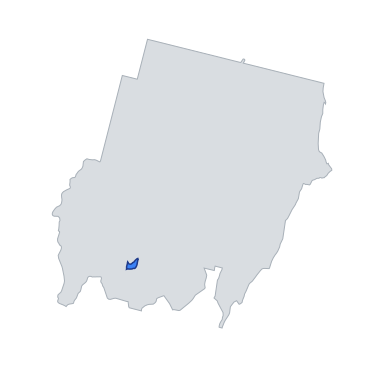 Babanusa, South Kordufan, Sudan shown in context, rotated 14°
{"feature_id": "16777658B12271079488091", "entity_name": "Babanusa", "entity_type": "district", "adm_level": 2, "iso_a3": "SDN", "parent_name": "Sudan", "parent_adm1": "South Kordufan", "projection": "equal_earth", "projection_center": [27.395, 11.378], "detail": "fine", "context": "in_parent", "style": "filled", "palette": "blue", "viewbox_px": 384, "rotation_deg": 14, "n_neighbors": 0, "source": "geoboundaries", "source_scale": "gbopen_adm2", "svg_char_len": 4591}
<svg xmlns="http://www.w3.org/2000/svg" viewBox="0 0 384 384"><g transform="rotate(14 192 192)"><path d="M254.1,316.7L251.1,316.7L250.8,315.8L250.8,313.2L251.2,311.3L252.2,308.2L251.9,306.6L252.1,304.2L251.3,301.5L244.2,293.6L242.8,291.5L239.0,289.5L239.6,287.3L238.0,271.3L238.7,269.5L238.9,266.7L238.9,264.2L239.8,260.2L239.8,258.4L232.4,258.3L232.3,260.1L232.6,262.0L232.6,262.8L222.2,262.9L226.4,269.1L226.6,271.9L226.4,275.3L226.5,277.5L226.7,278.9L227.9,281.7L227.8,282.3L227.5,282.9L220.2,291.3L218.9,295.2L218.0,297.2L215.8,300.6L209.1,309.6L208.0,310.2L202.9,310.5L202.3,310.7L201.9,311.1L201.7,311.0L197.3,305.8L189.8,299.4L184.9,302.7L183.6,303.9L183.6,307.0L182.9,308.5L181.5,310.2L177.9,311.3L176.0,312.2L173.8,313.9L171.6,316.8L171.4,318.3L171.7,319.6L159.1,319.5L158.3,318.5L156.5,313.8L155.2,314.0L143.8,313.5L142.1,314.0L138.9,315.9L137.2,316.2L135.5,315.4L129.5,306.0L128.2,304.9L126.9,302.7L125.6,301.7L125.2,301.0L125.0,300.0L125.1,298.0L124.6,296.7L123.7,296.4L115.6,298.6L114.5,298.3L112.8,298.7L112.2,299.1L111.5,300.3L111.4,302.9L111.2,304.1L110.6,305.5L108.2,308.7L107.7,310.1L107.8,313.6L107.7,315.3L107.3,316.1L106.3,317.5L106.0,318.3L105.5,322.7L104.3,325.4L104.0,326.4L103.9,328.3L103.7,328.9L100.0,330.5L98.7,331.4L97.8,333.0L97.6,333.6L96.1,333.1L94.1,332.7L90.2,332.2L88.7,331.5L88.0,330.4L88.2,327.7L87.9,327.1L87.3,326.7L86.9,325.5L86.9,324.1L89.0,321.0L89.4,319.3L90.0,311.4L89.8,309.1L88.2,304.7L84.6,297.1L83.7,295.6L79.2,289.4L78.6,288.5L77.5,285.8L78.8,280.1L78.9,278.5L78.6,276.8L77.4,275.6L76.4,275.5L75.1,273.9L74.2,273.2L73.4,271.9L72.9,270.0L73.3,263.2L73.0,262.3L71.9,262.1L71.6,261.6L71.7,260.3L71.1,256.4L70.4,253.2L70.8,251.5L69.8,249.1L67.9,248.0L64.3,248.8L63.2,248.7L62.4,248.3L61.8,247.4L61.6,246.3L61.8,244.8L62.9,241.9L64.2,239.5L66.8,237.4L67.6,236.2L68.0,235.0L68.0,233.5L67.9,232.0L67.6,230.6L66.8,228.7L66.1,226.5L66.1,225.1L66.5,224.0L67.2,222.8L69.8,220.3L72.5,218.2L72.9,217.5L72.8,216.6L71.6,214.9L71.2,211.6L70.6,209.3L71.9,207.6L72.9,206.9L74.5,206.4L75.1,205.7L75.3,204.3L75.3,203.0L75.8,202.0L76.6,199.9L77.2,198.9L79.2,196.5L79.7,194.9L79.9,193.3L79.3,188.7L80.5,186.8L82.0,185.2L84.2,185.3L87.5,184.9L89.8,184.2L91.4,184.3L95.1,185.1L95.5,184.8L95.7,183.5L96.2,95.8L111.4,95.8L111.6,95.7L111.9,54.6L207.2,54.6L208.0,54.5L209.4,50.7L210.1,50.4L211.0,50.6L211.4,51.5L210.6,54.6L293.8,54.6L294.1,59.3L294.8,63.0L297.3,68.4L299.4,71.3L300.2,72.9L300.2,73.6L300.2,74.3L299.5,73.5L298.5,73.0L298.4,75.5L299.0,80.6L299.9,84.2L299.4,87.6L299.6,93.2L300.8,100.0L300.7,104.4L302.7,114.5L304.5,120.2L305.4,121.6L306.5,122.3L308.5,122.8L311.5,125.7L314.0,128.7L314.8,130.3L316.0,132.0L316.8,131.7L317.3,131.2L318.1,132.6L321.9,135.7L322.4,137.1L321.1,138.5L319.6,140.9L318.9,143.1L318.5,143.8L317.3,145.2L317.1,145.8L316.6,146.3L316.0,146.3L314.7,147.1L313.6,146.8L312.4,147.2L312.0,147.8L311.1,148.2L309.9,148.5L307.9,150.4L306.3,151.3L305.7,152.0L304.9,155.8L304.3,156.7L301.7,156.8L300.5,157.2L298.8,156.8L298.0,156.8L297.8,157.6L297.6,160.8L297.6,162.2L296.3,165.9L296.8,172.7L295.5,177.9L295.4,179.1L294.0,183.1L293.4,184.7L291.7,192.3L291.1,194.6L289.6,197.1L291.4,215.5L290.2,221.1L290.3,224.2L289.5,228.7L288.8,230.8L287.7,233.4L286.8,236.2L286.0,240.0L285.6,247.0L285.3,247.7L280.8,248.6L279.4,249.1L278.5,249.8L277.4,251.7L275.1,256.7L273.9,259.7L272.1,263.9L269.9,266.9L269.5,268.3L269.1,271.0L268.4,275.3L267.7,278.3L267.8,280.7L267.2,284.9L267.3,287.0L266.5,288.1L265.5,289.2L264.8,289.5L261.6,286.7L259.4,288.6L258.1,291.4L257.0,294.1L257.7,300.0L257.6,301.3L257.3,302.7L255.3,308.4L254.7,311.0L254.1,315.6L254.1,316.7Z" fill="#d9dde1" stroke="#a8b0b8" stroke-width="1"/><path d="M155.7,278.5L156.1,277.1L156.2,275.5L156.0,273.2L155.9,271.4L156.1,270.4L155.8,270.1L155.5,269.6L154.8,270.1L154.1,271.1L153.7,271.7L153.6,271.8L153.5,272.0L153.2,272.7L152.9,273.1L152.8,273.3L152.8,273.6L152.6,274.0L151.8,274.7L151.5,274.9L151.3,275.5L150.6,276.3L150.3,276.6L149.9,276.9L149.5,276.9L148.8,277.0L148.2,277.0L147.7,276.8L147.4,276.4L147.3,276.1L146.5,275.4L146.5,275.5L146.5,275.8L146.5,276.0L146.5,276.3L146.6,276.6L146.6,276.8L146.6,277.3L146.6,277.7L146.6,277.9L146.6,278.0L146.6,278.4L146.6,278.7L146.6,278.9L146.6,279.1L146.6,279.3L146.6,279.5L146.6,279.8L146.6,280.0L146.6,280.3L146.7,280.5L146.8,280.8L146.8,281.2L146.9,281.3L146.9,281.5L147.0,281.7L147.0,281.8L147.0,282.0L147.1,282.3L147.2,282.6L147.2,282.8L148.1,282.2L148.3,282.2L150.0,281.9L152.4,281.2L153.2,280.5L153.9,280.2L154.7,280.1L155.2,279.7L155.4,279.2L155.5,279.0L155.7,278.8L155.7,278.5Z" fill="#3b82f6" stroke="#1e3a8a" stroke-width="1.5"/></g></svg>